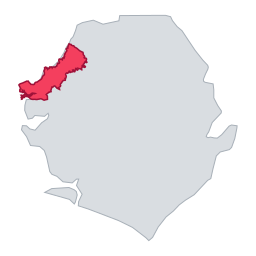 Kambia, Northern, Sierra Leone shown in context
{"feature_id": "65957751B7874629800584", "entity_name": "Kambia", "entity_type": "district", "adm_level": 2, "iso_a3": "SLE", "parent_name": "Sierra Leone", "parent_adm1": "Northern", "projection": "mercator", "projection_center": [-13.013, 9.222], "detail": "fine", "context": "in_parent", "style": "filled", "palette": "rose", "viewbox_px": 256, "rotation_deg": 0, "n_neighbors": 0, "source": "geoboundaries", "source_scale": "gbopen_adm2", "svg_char_len": 6398}
<svg xmlns="http://www.w3.org/2000/svg" viewBox="0 0 256 256"><path d="M237.1,125.8L236.9,128.0L234.8,138.5L231.6,147.4L229.4,149.6L220.2,152.0L216.3,155.9L213.0,168.7L210.8,178.6L207.7,180.3L194.2,194.7L185.4,200.2L179.2,204.9L173.4,211.0L166.1,216.9L158.2,227.0L152.6,237.4L148.8,240.6L145.9,237.7L132.5,227.4L118.4,220.5L88.3,209.0L78.3,205.8L78.6,201.7L82.1,194.2L76.5,185.5L78.7,179.1L76.5,179.1L72.2,182.9L63.0,181.8L56.9,176.3L51.9,174.3L49.8,171.6L46.6,157.1L44.3,150.5L39.7,146.5L30.5,145.5L26.6,136.7L21.5,129.8L22.4,125.6L26.5,125.8L29.8,128.9L35.1,130.2L41.6,122.8L47.5,118.7L48.8,115.2L48.1,113.3L44.6,116.3L34.8,115.5L32.4,118.2L28.1,119.1L24.7,110.4L24.9,105.3L26.3,99.7L36.1,98.7L36.9,96.9L30.1,95.7L21.6,89.1L20.1,84.6L24.3,83.1L28.3,83.8L31.8,84.7L35.6,83.1L39.2,80.7L41.3,77.5L44.2,69.0L53.4,66.1L58.8,60.9L63.9,52.8L66.3,47.2L68.4,44.3L69.8,41.9L70.8,39.2L73.1,36.7L75.5,30.7L77.1,25.2L82.4,22.6L93.3,20.2L103.0,24.2L118.9,20.8L119.7,15.6L134.2,15.5L151.4,15.4L165.7,15.4L170.6,16.7L172.4,20.6L177.1,26.6L182.0,30.7L188.1,39.9L195.2,50.5L202.8,60.1L207.7,65.3L208.3,67.1L207.9,69.1L205.5,74.0L203.4,79.3L203.6,81.3L205.1,82.3L213.1,83.9L213.8,89.8L213.8,97.9L217.7,105.5L221.4,111.0L221.2,113.0L212.2,122.5L208.7,131.9L206.9,134.6L206.2,136.7L208.0,137.7L210.5,137.1L214.0,137.9L217.3,138.1L221.7,134.7L229.1,126.1L231.5,125.0L237.1,125.8ZM75.4,202.1L74.3,204.0L69.5,199.4L44.7,192.4L51.7,188.6L68.9,187.5L74.1,189.7L76.3,191.5L77.2,195.0L75.4,202.1Z" fill="#d9dde1" stroke="#a8b0b8" stroke-width="1"/><path d="M81.8,69.8L81.6,68.4L81.6,68.1L82.2,67.3L82.1,66.3L82.1,65.7L82.4,65.3L82.7,65.2L82.8,66.0L83.3,66.3L83.7,67.1L84.2,67.4L84.7,67.4L85.1,67.2L85.4,66.7L85.1,66.2L84.2,65.7L83.8,65.2L83.6,64.7L83.5,64.0L84.2,63.5L84.5,62.5L84.8,62.0L85.3,61.6L85.7,61.9L85.8,62.4L86.0,62.6L86.5,62.6L86.9,62.3L86.6,61.6L86.2,60.8L86.2,60.2L86.6,59.1L86.3,58.5L85.8,58.1L85.0,58.0L84.4,58.1L84.1,57.6L84.6,56.7L84.5,56.1L83.3,54.7L83.1,52.8L82.8,52.2L81.9,51.9L79.6,50.7L77.0,48.4L76.1,47.8L74.5,47.0L74.0,46.0L73.7,45.8L73.4,45.7L72.9,45.8L72.3,45.6L72.0,45.4L71.5,45.3L71.5,44.9L70.9,44.3L70.2,44.4L69.2,43.8L68.8,44.0L68.7,44.8L68.4,45.1L68.1,46.5L67.7,46.8L67.6,47.1L68.0,48.0L67.8,48.2L67.2,48.0L66.6,48.4L66.1,49.0L66.2,49.3L66.6,49.7L66.8,50.2L66.8,50.9L65.7,52.3L65.2,53.2L65.0,53.4L65.2,53.9L65.0,54.1L64.8,54.2L65.0,54.4L64.8,54.2L64.5,54.5L64.4,55.4L64.2,55.8L64.6,56.2L64.0,56.7L64.3,57.5L64.0,57.7L64.0,58.4L63.9,58.5L63.7,58.3L63.3,57.7L62.9,57.8L62.4,58.2L62.2,58.5L62.1,59.1L62.3,59.4L62.3,59.8L62.1,59.7L61.7,59.4L61.2,59.2L61.0,59.4L60.6,59.4L60.0,59.0L59.3,59.0L59.2,59.4L58.8,59.8L58.8,60.9L59.1,61.5L59.0,62.0L59.4,62.2L59.5,62.4L59.4,63.0L59.2,63.3L58.4,63.5L57.6,63.2L57.4,63.3L57.4,63.5L57.6,63.6L57.7,64.0L57.2,64.9L56.6,65.3L56.8,66.1L56.5,66.4L55.6,66.6L55.0,67.4L54.0,66.8L53.2,67.2L52.7,67.1L52.2,67.9L52.1,67.6L51.6,67.1L51.2,66.9L50.9,67.2L50.4,67.2L49.9,66.9L49.4,67.4L49.3,67.7L49.5,67.9L49.6,68.2L49.2,68.5L48.7,68.4L48.4,68.6L47.8,69.3L47.7,68.9L47.4,68.9L47.3,68.7L47.1,68.6L47.3,68.5L47.4,68.3L47.2,68.0L46.9,67.6L46.6,67.7L46.2,67.3L45.4,67.1L44.5,67.8L44.8,68.8L44.8,69.4L44.3,70.2L44.1,70.7L44.3,70.8L44.1,70.7L43.9,71.1L44.4,72.1L44.4,74.8L44.2,74.9L44.5,75.0L44.2,74.9L43.3,75.5L42.9,76.0L41.9,77.9L41.9,78.4L41.3,79.2L38.1,81.3L37.4,82.0L35.9,82.2L35.1,82.6L34.6,83.7L34.4,84.2L34.0,84.5L33.4,84.6L31.9,84.4L30.9,84.4L30.5,83.7L29.2,82.6L28.3,81.1L27.1,81.2L26.8,81.1L22.6,83.0L20.1,83.8L19.0,84.7L18.9,85.0L20.7,88.6L20.4,88.5L20.2,89.0L19.9,89.5L20.0,89.9L19.8,90.1L19.8,91.4L19.9,91.6L20.2,91.8L20.5,91.7L21.4,92.0L21.9,91.9L22.3,91.7L22.6,90.1L22.8,90.1L22.9,90.5L22.9,91.5L23.5,91.9L23.5,92.0L23.2,92.4L24.0,92.3L24.0,92.1L24.0,91.6L24.3,91.1L24.6,92.0L26.4,93.7L27.0,94.6L28.0,94.9L29.6,95.0L29.8,94.9L30.2,94.5L30.6,94.3L31.0,93.9L31.4,93.5L32.2,93.1L32.6,93.1L32.7,93.3L33.6,93.2L35.1,93.5L34.5,93.8L33.3,93.5L32.8,93.9L32.3,94.6L32.0,94.7L31.1,95.7L30.5,96.1L29.8,96.1L28.3,95.8L28.2,95.8L28.3,96.2L27.2,96.0L26.8,96.2L26.8,96.3L26.9,96.5L27.8,96.7L29.0,97.4L30.7,98.9L31.4,99.2L32.7,99.4L35.1,99.3L35.8,99.5L37.2,99.5L37.8,99.3L39.8,99.0L40.2,98.8L41.4,98.9L43.9,100.1L44.5,100.1L46.1,99.6L46.8,99.6L47.5,99.3L47.4,96.0L46.8,95.3L46.2,94.5L46.6,94.2L46.9,93.7L47.5,93.5L48.1,92.9L48.7,92.6L48.7,92.3L49.7,92.1L50.0,91.8L50.8,91.8L51.1,91.7L51.1,91.2L50.8,90.6L51.0,90.2L51.2,89.4L51.5,88.6L52.0,87.0L52.5,87.2L52.8,87.2L53.8,86.2L54.8,85.9L55.8,87.0L57.0,87.9L57.0,88.2L57.3,88.2L57.7,88.6L58.0,88.7L58.5,88.7L58.9,89.2L59.6,89.5L59.5,88.8L59.1,88.4L58.7,88.2L58.6,87.7L59.7,86.8L60.3,86.6L60.4,86.3L60.7,85.8L60.2,84.9L60.7,83.7L61.6,82.8L62.0,82.1L62.2,81.5L62.9,81.0L63.2,80.4L65.2,80.3L65.4,79.9L65.3,79.2L65.0,78.5L65.6,78.5L66.0,77.6L66.3,76.1L65.7,74.8L65.6,74.2L65.8,73.7L66.7,72.9L67.1,72.9L67.5,73.3L67.8,73.2L68.0,72.9L68.4,72.7L68.9,72.2L69.0,71.3L69.3,71.2L69.8,71.2L70.0,71.6L70.0,72.0L70.2,72.5L71.8,71.9L72.4,71.9L72.9,71.6L73.2,71.4L72.6,70.1L73.4,69.9L73.9,70.0L74.2,70.4L73.8,71.0L73.4,71.4L74.0,71.7L74.4,71.8L74.9,71.6L75.1,70.6L75.3,70.1L76.0,69.4L75.7,68.4L76.0,68.3L76.3,68.5L77.2,70.2L77.7,70.0L77.9,69.7L78.0,68.2L78.2,68.3L78.6,68.7L79.1,68.8L79.8,68.6L80.5,68.8L81.5,69.8L81.8,69.8ZM25.9,94.5L25.5,94.2L25.6,94.4L25.1,94.4L24.6,94.6L24.5,94.4L24.3,94.8L24.3,94.5L24.2,94.5L24.0,95.1L23.9,95.1L23.9,95.6L24.5,96.3L24.8,96.5L24.5,96.5L24.4,96.4L24.4,96.7L24.2,96.7L24.4,96.8L25.2,96.5L25.3,96.3L26.9,95.8L26.9,95.5L26.3,95.1L25.9,94.5ZM30.7,95.7L31.1,95.6L31.5,94.9L32.4,94.2L32.7,93.6L32.0,93.6L31.4,93.9L31.0,94.8L30.5,95.5L30.7,95.7ZM22.6,96.0L22.4,96.0L22.6,96.1L22.3,96.2L22.4,96.4L22.4,96.5L22.5,96.6L22.4,96.8L22.6,97.5L23.0,97.4L22.8,97.7L23.1,97.8L24.0,97.3L24.2,97.0L23.9,96.6L24.0,97.1L23.6,97.0L23.4,97.1L23.2,96.9L22.9,96.2L22.6,96.0ZM21.7,97.9L21.4,97.2L21.1,97.4L21.1,97.5L21.3,97.9L21.1,98.0L21.7,97.9ZM27.1,95.0L26.5,94.6L26.3,94.5L26.6,95.0L27.1,95.0ZM22.2,99.0L22.2,98.8L21.7,98.7L21.5,98.8L21.5,99.2L22.1,99.0L22.2,99.0ZM23.5,95.9L23.5,95.7L23.3,95.6L23.3,95.8L23.5,96.0L24.0,96.4L23.7,95.9L23.5,95.9ZM27.0,95.7L27.7,95.5L27.8,95.3L27.2,95.4L27.0,95.7ZM21.8,95.3L21.5,95.1L21.1,95.2L21.3,95.4L21.8,95.3ZM29.9,95.2L29.3,95.3L29.7,95.4L29.9,95.2ZM22.0,96.1L22.0,95.8L21.8,95.8L21.7,96.0L22.0,96.1ZM24.8,93.7L24.5,93.7L24.3,93.7L24.7,93.8L24.8,93.7ZM24.3,96.3L24.3,96.2L24.1,96.0L24.3,96.3ZM23.9,96.5L24.1,96.4L23.9,96.4L23.9,96.5Z" fill="#f43f5e" stroke="#9f1239" stroke-width="1.5"/></svg>